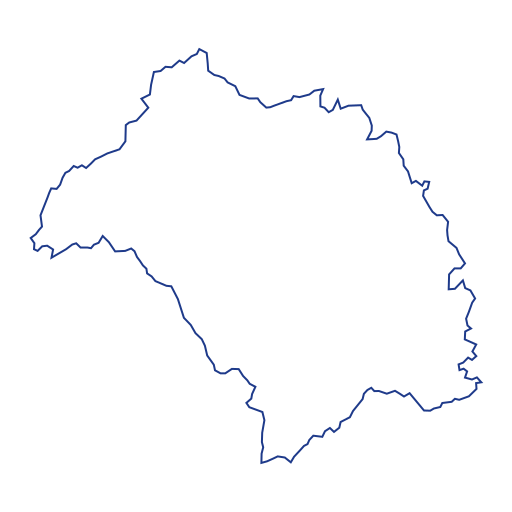 outline of Pontão, Rio Grande do Sul, Brazil
{"feature_id": "56859067B45504754555875", "entity_name": "Pontão", "entity_type": "district", "adm_level": 2, "iso_a3": "BRA", "parent_name": "Brazil", "parent_adm1": "Rio Grande do Sul", "projection": "natural_earth1", "projection_center": [-52.639, -28.041], "detail": "fine", "context": "isolated", "style": "outline", "palette": "blue", "viewbox_px": 512, "rotation_deg": 0, "n_neighbors": 0, "source": "geoboundaries", "source_scale": "gbopen_adm2", "svg_char_len": 2919}
<svg xmlns="http://www.w3.org/2000/svg" viewBox="0 0 512 512"><path d="M290.8,462.3L294.1,456.7L299.6,450.8L304.0,445.9L307.5,444.1L309.3,440.0L313.3,435.7L322.3,436.8L325.0,431.2L329.9,428.0L334.0,431.9L339.3,427.7L340.6,422.0L349.9,417.2L353.0,411.0L362.6,399.1L363.9,393.8L367.4,390.0L371.3,387.8L374.3,391.1L378.9,391.0L386.8,393.7L395.0,390.8L399.9,393.8L404.0,396.5L409.6,393.2L424.0,410.5L430.2,410.7L433.9,408.5L440.3,407.0L442.3,403.0L451.7,401.8L454.9,398.8L459.2,399.8L468.9,396.3L476.5,388.9L476.1,383.1L481.3,382.3L476.9,377.4L472.0,379.5L465.0,377.6L467.1,371.4L463.6,368.7L459.5,370.1L458.6,364.4L463.2,362.6L468.1,357.6L472.0,359.9L476.3,356.1L472.4,351.5L476.2,344.5L464.8,339.4L465.2,331.5L471.0,328.5L467.5,325.5L466.1,318.7L468.9,311.8L472.2,302.6L475.1,298.5L470.4,290.4L465.2,288.1L462.9,280.4L454.9,288.8L448.7,289.3L449.1,274.4L454.5,268.4L460.7,268.4L465.0,263.4L459.1,254.3L456.5,247.9L448.5,241.2L447.5,235.3L447.1,230.0L448.1,221.8L442.6,215.0L436.8,215.3L432.5,211.8L429.4,206.9L423.1,195.9L423.9,190.4L427.6,188.7L429.2,181.9L424.4,181.4L422.2,185.7L415.9,180.9L411.7,183.2L408.0,171.4L403.7,165.7L403.3,159.3L398.9,153.0L399.3,147.0L398.1,141.1L396.5,134.5L391.5,132.6L386.3,131.6L381.0,136.2L376.7,138.8L372.4,139.1L367.1,139.4L371.6,130.8L371.8,125.6L369.3,117.9L366.0,113.8L362.7,109.6L361.2,105.2L348.5,105.7L340.7,108.7L337.8,99.6L335.1,105.2L332.8,109.9L328.7,112.2L324.5,107.7L320.4,106.4L320.3,95.6L323.1,89.1L314.3,90.7L309.4,94.5L299.5,97.1L293.6,96.1L291.1,100.2L286.5,101.2L274.1,105.7L270.3,107.2L266.3,107.6L260.3,102.2L257.7,98.4L249.2,98.5L239.5,94.9L235.3,86.2L227.6,82.4L224.5,78.5L218.7,76.0L214.3,75.0L208.2,70.7L207.7,63.3L206.7,53.0L199.3,49.1L196.8,54.0L191.5,56.3L184.1,63.0L179.4,60.6L171.7,67.3L165.5,66.8L160.6,71.0L153.9,72.0L151.1,84.7L149.9,94.5L141.4,98.7L148.3,107.7L136.5,120.6L129.2,122.5L125.8,125.1L125.4,141.3L119.5,149.3L107.4,153.4L100.9,156.7L95.1,159.3L91.0,163.5L86.1,168.0L81.9,165.3L77.6,167.7L73.7,166.0L69.1,171.0L65.4,172.8L62.6,177.7L60.1,184.7L56.6,188.9L51.2,188.4L49.2,192.9L47.6,197.3L40.5,215.3L42.0,226.6L39.1,229.8L35.8,234.2L30.7,238.0L34.4,243.2L34.0,249.2L37.6,250.9L42.2,246.3L47.2,245.7L53.1,249.5L51.5,257.7L66.1,249.2L72.3,244.5L76.2,243.3L80.5,247.5L87.3,247.5L91.0,248.2L93.9,244.7L98.6,242.8L102.7,236.0L108.9,242.2L115.1,251.4L125.2,250.9L131.2,248.5L134.5,251.2L137.0,257.0L140.0,261.0L142.9,265.4L146.4,268.7L147.1,273.4L151.6,276.4L155.4,281.1L166.4,285.8L171.3,286.3L177.9,299.1L183.9,317.8L190.8,325.0L195.5,333.2L201.8,339.2L204.9,345.7L207.2,355.5L213.8,364.7L215.0,370.3L220.5,373.3L225.3,373.3L231.9,368.9L238.7,369.1L243.1,376.0L247.3,380.3L249.7,383.8L255.4,386.8L252.1,394.0L251.3,398.6L246.4,402.9L249.3,407.2L262.4,412.0L264.4,420.2L262.2,432.7L261.9,442.1L263.2,447.3L261.6,453.6L261.4,462.9L267.1,461.3L273.1,458.6L277.7,456.4L284.8,457.5L290.8,462.3Z" fill="none" stroke="#1e3a8a" stroke-width="2"/></svg>